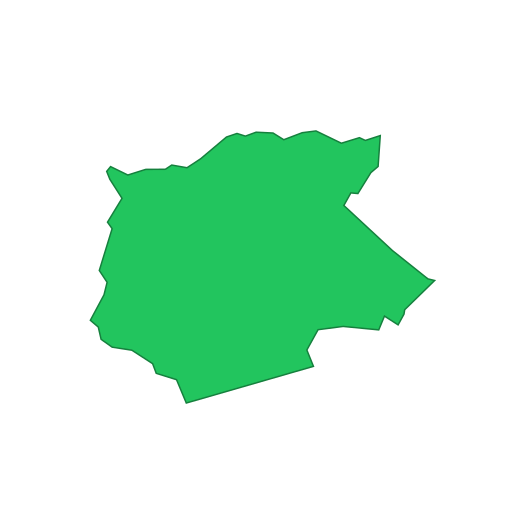 Hancock, Georgia, United States of America, rotated 206°
{"feature_id": "52423323B47839005266418", "entity_name": "Hancock", "entity_type": "district", "adm_level": 2, "iso_a3": "USA", "parent_name": "United States of America", "parent_adm1": "Georgia", "projection": "mercator", "projection_center": [-82.985, 33.26], "detail": "fine", "context": "isolated", "style": "filled", "palette": "green", "viewbox_px": 512, "rotation_deg": 206, "n_neighbors": 0, "source": "geoboundaries", "source_scale": "gbopen_adm2", "svg_char_len": 812}
<svg xmlns="http://www.w3.org/2000/svg" viewBox="0 0 512 512"><g transform="rotate(206 256 256)"><path d="M254.2,93.3L156.0,182.0L169.1,193.8L167.9,217.0L146.8,230.9L113.3,243.4L114.2,258.3L98.1,256.4L97.5,268.6L98.8,272.9L84.7,312.3L91.5,310.8L135.8,320.7L199.2,339.9L198.4,354.3L191.8,356.8L189.3,381.3L185.5,390.0L197.1,418.7L208.4,407.8L214.9,407.7L228.7,394.8L256.9,394.7L268.5,387.1L282.0,372.7L294.6,374.0L310.2,367.3L318.1,359.1L326.8,357.8L334.7,350.0L348.4,319.1L356.7,305.1L371.6,300.8L375.5,294.2L393.1,285.5L406.7,272.6L425.9,272.6L427.3,266.6L421.0,260.9L401.7,249.1L404.3,221.3L397.3,217.5L390.5,174.3L378.3,167.1L375.6,154.5L376.7,125.6L366.6,123.0L358.7,113.2L345.3,111.0L326.3,116.9L301.7,113.9L294.2,106.8L273.2,110.0L254.2,93.3Z" fill="#22c55e" stroke="#15803d" stroke-width="1.5"/></g></svg>